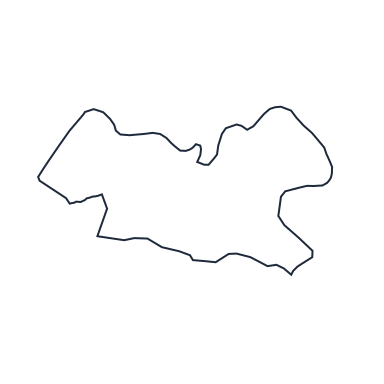 Abi, Cross River, Nigeria (Mercator projection), rotated 71°
{"feature_id": "59680162B64112154685735", "entity_name": "Abi", "entity_type": "district", "adm_level": 2, "iso_a3": "NGA", "parent_name": "Nigeria", "parent_adm1": "Cross River", "projection": "mercator", "projection_center": [8.011, 5.883], "detail": "fine", "context": "isolated", "style": "outline", "palette": "slate", "viewbox_px": 384, "rotation_deg": 71, "n_neighbors": 0, "source": "geoboundaries", "source_scale": "gbopen_adm2", "svg_char_len": 1628}
<svg xmlns="http://www.w3.org/2000/svg" viewBox="0 0 384 384"><g transform="rotate(71 192 192)"><path d="M127.7,332.6L131.7,332.4L156.8,313.1L163.2,311.4L163.4,308.8L163.8,307.0L163.4,304.7L165.2,300.6L164.7,295.8L163.7,293.6L164.0,291.3L164.0,287.2L164.6,285.2L165.0,282.2L164.9,278.0L180.1,277.7L202.9,295.8L203.4,295.1L215.5,271.8L216.8,261.6L221.5,249.3L234.4,238.4L243.7,223.6L251.1,214.5L256.7,213.3L261.8,201.8L266.1,192.5L262.5,177.5L264.7,170.0L272.6,158.0L286.7,144.7L288.3,135.9L294.1,130.1L302.5,125.1L299.5,122.0L296.8,116.4L295.4,110.7L294.1,105.1L292.8,99.5L286.8,97.2L285.9,97.7L270.2,105.9L253.4,115.5L243.0,118.1L242.8,118.2L225.4,109.4L224.5,108.0L221.7,103.6L222.8,89.4L223.6,81.3L225.9,75.1L228.3,66.5L227.4,61.4L225.9,58.8L223.9,56.2L220.2,53.8L214.0,51.4L208.4,51.7L202.7,52.2L200.5,52.5L193.2,52.5L190.1,53.6L180.7,57.2L175.1,59.4L165.4,64.9L155.7,69.1L147.3,71.8L140.3,80.2L138.9,85.8L138.8,91.4L141.6,98.4L144.9,104.2L145.7,105.5L149.8,112.5L151.1,119.6L145.5,123.7L142.7,127.9L142.7,134.9L142.7,139.2L144.7,141.9L146.8,144.8L152.8,149.2L156.4,151.9L163.4,155.5L164.7,156.1L167.5,160.4L171.6,167.4L170.2,171.6L166.7,175.6L165.3,177.3L159.9,172.2L154.4,169.5L150.8,169.1L148.1,172.7L150.4,177.1L151.1,180.0L151.1,184.5L149.0,189.7L142.8,193.6L138.8,195.8L132.6,198.6L126.8,203.2L126.1,204.5L123.3,209.9L121.3,219.3L119.4,226.8L118.0,232.5L114.3,241.0L109.2,244.0L103.0,243.7L96.2,245.7L87.8,249.9L85.0,253.5L81.7,257.9L81.6,259.4L81.6,260.8L81.6,261.4L81.5,267.1L83.4,269.6L94.1,287.7L97.4,292.3L105.2,303.1L115.6,317.1L120.6,323.7L127.7,332.6Z" fill="none" stroke="#1e293b" stroke-width="2"/></g></svg>